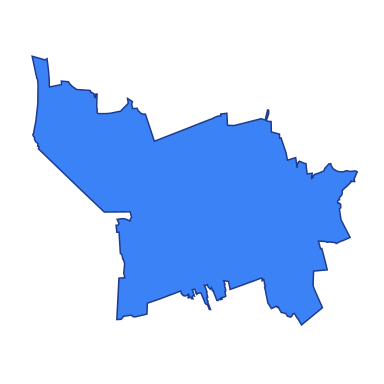 outline of Costesti, Arges, Romania, rotated 92°
{"feature_id": "2599482B84338141113763", "entity_name": "Costesti", "entity_type": "district", "adm_level": 2, "iso_a3": "ROU", "parent_name": "Romania", "parent_adm1": "Arges", "projection": "robinson", "projection_center": [24.853, 44.689], "detail": "fine", "context": "isolated", "style": "filled", "palette": "blue", "viewbox_px": 384, "rotation_deg": 92, "n_neighbors": 0, "source": "geoboundaries", "source_scale": "gbopen_adm2", "svg_char_len": 5027}
<svg xmlns="http://www.w3.org/2000/svg" viewBox="0 0 384 384"><g transform="rotate(92 192 192)"><path d="M154.2,347.0L186.3,311.3L200.0,296.0L211.4,283.1L214.5,279.7L215.1,278.8L214.9,274.2L214.0,253.2L216.1,252.5L219.4,251.5L220.6,252.4L223.2,253.1L222.7,254.0L222.2,255.2L221.5,256.9L221.1,258.8L221.1,260.9L221.4,263.0L221.7,264.8L221.9,265.9L222.3,265.8L222.4,265.3L223.0,265.0L224.0,265.0L224.7,264.4L226.3,264.0L227.6,264.6L227.9,265.4L227.8,266.6L228.5,266.6L231.0,266.3L230.9,266.1L234.8,265.8L234.8,263.5L253.3,261.7L255.7,261.5L257.3,259.8L261.2,258.9L261.1,258.5L266.1,256.8L275.6,257.4L280.0,256.1L280.6,262.0L322.1,262.7L321.8,259.2L321.7,258.4L318.6,256.0L317.2,248.4L318.7,246.5L318.7,244.4L318.7,244.1L315.6,232.8L304.7,232.7L299.9,220.2L295.3,209.3L295.3,209.1L291.3,199.8L293.9,199.1L294.0,198.7L295.0,198.1L294.9,197.9L296.2,196.3L295.8,193.7L294.2,191.9L295.7,191.2L296.2,191.9L297.5,192.3L298.0,192.0L297.1,190.1L298.7,188.5L298.7,187.3L297.4,187.9L297.1,187.8L296.3,188.1L295.4,187.2L295.8,186.0L289.5,188.3L289.1,185.7L292.3,184.8L292.1,184.6L294.1,183.6L292.9,182.5L292.6,179.5L302.6,175.0L303.8,173.9L304.0,172.6L308.7,170.6L308.8,169.4L301.1,172.6L300.8,172.2L297.4,173.8L296.7,172.6L291.7,174.0L291.5,173.5L287.2,175.1L284.8,176.5L284.9,174.9L284.1,173.5L286.3,172.5L288.2,170.6L287.9,170.1L288.2,169.9L287.1,169.2L289.9,168.1L289.6,167.6L299.5,163.3L299.6,162.3L299.0,161.6L297.3,160.1L298.6,159.6L298.3,158.7L297.8,158.0L296.5,158.5L295.6,155.4L294.9,154.6L290.1,155.7L289.6,154.8L288.0,155.1L283.8,156.3L283.3,155.8L279.5,157.2L280.2,152.3L288.1,150.5L288.0,150.3L279.0,127.9L275.9,120.5L275.7,119.2L278.2,118.8L277.7,118.3L276.9,117.6L276.7,117.3L277.0,117.2L278.8,116.8L279.9,116.5L281.7,116.2L282.1,116.2L283.8,115.3L284.6,116.1L285.1,116.1L286.0,115.7L287.5,115.3L300.3,112.3L305.7,108.5L303.1,103.4L304.3,102.8L303.8,102.0L309.3,98.6L309.5,97.1L310.1,94.3L311.1,93.3L312.8,92.2L313.6,89.2L312.8,88.1L310.1,86.6L309.8,85.4L314.2,82.6L314.5,82.0L321.0,77.9L303.1,57.6L284.4,66.6L281.6,67.6L279.3,67.7L278.2,67.8L266.8,67.7L265.1,54.1L253.2,57.5L243.9,60.3L244.2,61.6L236.7,63.9L236.8,56.9L237.6,55.0L237.1,53.2L237.6,46.9L238.5,46.1L236.1,41.7L235.8,41.2L235.7,40.6L235.6,40.0L234.1,37.0L231.9,32.4L214.6,42.1L204.0,44.1L202.6,42.8L199.1,43.0L197.8,44.8L198.4,45.5L198.0,45.8L196.3,46.2L195.8,46.1L195.1,45.6L194.8,45.2L194.7,45.0L194.8,44.7L194.7,44.4L194.6,44.2L194.4,44.2L193.6,44.7L193.3,44.6L192.0,44.0L191.2,43.5L190.8,42.9L188.8,41.9L187.9,41.9L187.6,41.9L187.2,41.8L186.4,41.9L185.4,41.8L184.6,41.3L182.8,39.6L182.5,39.3L182.1,38.9L181.6,38.1L176.6,33.5L175.4,33.6L175.3,33.4L175.8,32.9L176.0,29.9L175.7,29.8L175.2,30.0L174.6,30.3L174.5,30.2L174.2,30.4L173.8,30.5L172.9,30.2L172.7,30.1L171.9,29.8L171.4,29.7L171.2,29.6L170.3,29.2L168.7,28.7L167.7,28.2L167.1,28.1L166.6,27.7L166.3,27.5L165.4,28.6L165.3,30.3L165.9,33.8L165.9,35.6L165.3,37.5L165.5,39.2L166.2,40.5L166.5,41.7L166.6,43.7L166.6,46.1L165.5,48.9L163.9,51.7L161.1,53.6L159.4,54.1L158.8,54.4L159.1,56.1L163.7,60.1L166.4,61.0L168.8,66.3L170.2,70.2L172.3,71.9L173.0,71.5L174.3,72.9L174.1,73.1L169.1,72.5L169.8,77.6L159.7,79.1L159.2,81.3L157.5,85.7L158.1,86.5L160.3,87.6L164.2,87.8L154.0,89.6L156.9,97.7L149.5,99.4L134.8,104.9L135.2,106.3L131.1,106.6L129.2,114.8L118.8,115.4L118.7,115.6L118.7,115.8L118.7,116.0L118.7,116.4L118.8,116.9L118.8,117.4L118.7,117.9L118.6,118.6L118.5,119.0L118.4,119.4L118.3,119.8L118.2,120.1L117.9,120.1L116.8,119.9L116.0,119.7L115.7,119.6L115.1,119.5L114.5,119.4L114.6,119.2L114.4,119.2L114.2,119.1L113.2,118.7L112.4,118.5L111.4,118.2L111.1,118.1L110.8,118.2L110.7,118.3L110.0,118.2L109.4,118.1L109.4,118.4L109.3,118.6L108.6,118.4L108.3,118.3L107.5,118.3L107.4,118.5L107.6,118.6L107.8,119.0L108.0,119.2L107.8,119.4L109.3,119.7L112.2,120.3L113.3,120.5L114.7,120.8L116.1,120.9L116.6,121.0L117.5,121.1L116.4,125.7L121.8,144.0L124.1,152.3L124.1,158.9L112.1,159.9L113.1,166.1L115.0,165.8L115.1,167.8L115.4,169.3L117.3,173.3L118.0,173.7L118.3,175.1L121.0,181.5L124.2,188.9L128.7,199.2L142.6,231.4L124.7,238.0L115.8,241.3L115.8,244.2L115.0,246.1L113.4,247.6L112.9,248.6L110.3,249.7L110.7,254.2L106.7,255.3L103.7,254.7L100.8,259.7L105.6,258.8L113.7,266.2L116.1,276.1L116.6,279.9L116.9,287.3L116.7,289.0L116.0,289.6L112.1,289.7L111.3,290.2L97.4,290.3L97.6,291.7L101.0,291.9L100.9,292.4L98.6,293.2L97.2,293.4L95.5,296.7L96.4,296.8L94.3,297.1L94.0,298.0L93.6,310.8L90.7,315.3L88.1,318.0L86.1,319.4L85.7,326.5L89.2,326.2L92.0,338.1L91.0,338.2L90.4,338.3L89.3,338.4L85.0,338.6L84.8,338.6L84.1,338.6L83.5,338.7L83.4,338.7L83.3,338.8L81.4,339.0L79.5,339.2L79.0,339.2L78.3,339.3L76.9,339.5L76.7,339.5L76.2,339.6L74.8,339.8L74.2,339.9L74.0,340.0L73.5,340.0L70.0,340.5L66.6,341.1L66.1,341.2L65.5,341.3L64.5,341.5L64.3,341.5L63.9,341.5L65.1,343.5L61.9,356.5L81.2,351.7L84.1,350.9L84.8,350.3L90.2,349.6L109.4,349.2L126.5,350.5L138.6,352.4L138.9,352.3L140.3,353.1L141.9,352.3L142.9,351.4L144.9,351.2L147.2,350.0L149.1,347.5L151.6,347.9L152.4,346.2L154.2,347.0Z" fill="#3b82f6" stroke="#1e3a8a" stroke-width="1.5"/></g></svg>